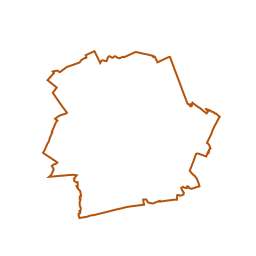 Pestera, Constanta, Romania (Equal Earth projection), rotated 161°
{"feature_id": "2599482B96681929842674", "entity_name": "Pestera", "entity_type": "district", "adm_level": 2, "iso_a3": "ROU", "parent_name": "Romania", "parent_adm1": "Constanta", "projection": "equal_earth", "projection_center": [28.117, 44.192], "detail": "fine", "context": "isolated", "style": "outline", "palette": "amber", "viewbox_px": 256, "rotation_deg": 161, "n_neighbors": 0, "source": "geoboundaries", "source_scale": "gbopen_adm2", "svg_char_len": 5372}
<svg xmlns="http://www.w3.org/2000/svg" viewBox="0 0 256 256"><g transform="rotate(161 128 128)"><path d="M65.1,180.3L65.1,181.1L65.1,181.3L65.3,181.5L65.6,181.7L66.6,181.7L67.2,181.7L68.7,181.6L71.6,181.3L73.9,181.0L78.8,180.5L78.9,182.0L78.9,182.6L79.0,182.9L79.2,183.4L79.2,184.0L79.3,185.3L79.4,186.7L79.6,186.9L79.9,187.0L81.0,186.8L81.1,187.4L81.0,188.2L82.3,189.0L83.6,189.8L85.4,191.0L90.8,194.2L91.6,194.7L93.3,195.8L96.0,197.4L105.6,196.5L108.7,196.2L109.2,196.5L109.8,197.0L113.2,196.7L114.0,197.0L115.6,198.5L116.6,199.9L116.9,200.1L117.4,200.1L117.9,200.0L119.4,199.5L119.8,199.4L120.1,199.6L120.5,199.9L121.1,200.8L121.4,201.2L121.9,201.7L122.1,201.8L122.4,202.0L122.6,202.0L122.9,201.9L123.1,201.8L124.0,201.2L124.4,200.9L124.5,200.8L124.9,200.2L125.6,199.1L125.9,198.7L126.1,198.6L126.3,198.5L126.6,198.5L127.0,198.4L127.3,198.5L127.6,198.6L128.0,199.0L128.6,199.5L130.1,200.3L130.5,200.4L130.9,200.3L131.1,200.2L133.1,198.5L134.7,211.5L137.5,211.3L144.3,210.6L144.4,207.2L144.4,207.3L144.7,207.6L145.6,208.1L145.9,208.2L146.1,208.2L146.5,208.2L150.0,207.4L150.4,207.2L150.7,207.0L152.0,206.0L152.4,205.7L152.7,205.7L161.5,205.6L166.0,205.6L166.3,205.5L174.2,203.0L174.4,203.0L174.6,203.1L174.7,203.3L175.0,203.7L175.6,204.8L176.0,205.1L176.5,205.3L177.6,205.5L178.4,205.7L179.0,205.8L180.3,205.9L180.8,205.9L180.1,204.1L188.5,199.4L186.4,196.1L182.2,189.4L183.8,188.4L187.3,186.0L187.6,185.8L187.6,185.6L186.6,182.0L185.7,178.6L185.4,177.6L185.2,176.9L184.7,175.1L184.5,174.1L184.1,173.1L183.8,172.2L183.8,171.9L183.5,171.3L183.5,171.0L183.1,169.5L182.7,168.3L182.5,167.9L181.8,165.7L181.3,164.0L180.8,162.8L180.8,162.6L180.8,162.2L181.0,162.1L181.4,161.9L182.0,161.9L182.7,161.9L186.2,162.0L189.3,161.9L193.9,160.5L192.3,158.0L194.0,157.1L201.3,149.1L201.0,148.6L203.2,146.2L205.1,144.1L207.2,141.1L210.1,138.7L210.6,137.9L214.2,134.1L216.4,132.2L215.9,131.4L213.4,128.1L211.2,125.3L207.2,120.0L206.2,118.6L206.1,118.2L206.6,118.1L206.9,118.0L207.8,117.7L208.7,117.6L209.6,117.6L210.1,117.7L210.4,117.7L210.6,117.6L211.2,117.3L212.5,116.8L212.5,116.7L212.2,116.0L212.1,115.9L212.0,115.2L211.7,113.1L212.4,112.5L212.7,112.2L213.5,111.2L214.1,110.4L214.4,110.2L214.9,109.7L215.8,108.9L216.4,108.5L216.5,108.4L217.6,107.8L218.4,107.5L198.3,102.5L195.9,101.8L195.6,101.8L194.9,101.6L192.1,100.1L191.9,100.0L195.2,97.8L195.6,97.7L195.4,97.0L195.7,96.5L196.0,96.1L196.1,95.8L196.1,95.6L196.0,95.3L195.3,94.5L195.0,93.9L194.6,93.5L194.2,93.2L193.3,93.1L194.8,88.3L195.0,88.5L195.1,89.1L195.3,89.6L195.5,89.7L195.5,88.5L195.4,88.3L195.1,87.6L195.1,87.3L194.7,86.2L194.3,85.2L193.8,84.3L193.8,83.6L194.3,80.0L194.7,78.7L194.8,78.6L195.9,78.9L196.7,76.8L196.2,76.6L196.0,76.1L196.4,75.6L196.7,75.1L197.1,74.6L197.5,74.3L198.6,71.5L198.9,69.9L198.9,69.2L198.7,69.1L198.7,68.1L198.8,67.6L199.1,66.9L199.3,66.4L199.9,65.2L200.1,65.0L200.3,64.7L200.5,64.3L200.6,64.6L200.7,64.9L201.0,65.1L201.1,64.8L201.1,64.4L201.2,63.9L201.2,63.5L201.5,63.3L201.6,63.2L201.8,63.0L201.8,62.8L202.3,62.6L202.8,62.7L202.9,62.2L203.3,60.3L203.3,60.1L203.2,59.9L202.9,59.1L202.9,58.9L203.0,58.7L199.6,58.1L196.4,57.6L195.9,57.5L195.2,57.4L194.6,57.4L193.9,57.5L193.2,57.5L192.1,57.4L191.4,57.4L191.0,57.3L190.5,57.2L189.5,57.1L189.3,56.8L186.0,56.5L181.1,56.1L176.1,55.6L173.6,55.4L170.0,55.1L166.0,54.8L161.0,54.2L156.0,53.8L153.8,53.5L151.0,53.0L141.0,50.9L137.8,50.2L137.6,50.8L137.9,50.9L136.9,55.4L135.3,54.9L134.1,54.6L133.6,53.3L133.7,51.8L133.2,51.0L130.6,49.3L128.9,48.5L127.7,48.5L127.1,48.7L126.5,48.6L123.7,48.7L122.5,48.8L121.6,48.7L121.7,48.0L116.6,47.0L114.0,46.5L112.6,46.2L111.1,45.8L110.9,45.9L105.2,44.5L105.1,44.4L103.3,48.5L102.2,48.2L101.8,48.1L101.6,47.6L101.4,47.4L101.1,47.2L100.5,47.0L100.2,46.9L99.2,46.9L98.2,47.0L97.8,47.0L97.4,46.9L97.2,46.9L97.1,47.1L96.9,47.6L96.7,47.9L96.6,48.4L96.3,48.7L96.7,49.9L96.8,50.3L96.9,51.0L97.1,51.4L97.2,51.7L97.2,52.0L97.2,53.2L97.3,53.7L97.3,53.9L96.7,53.9L96.5,54.0L95.4,54.5L95.2,54.5L95.1,54.0L94.5,53.6L94.4,53.5L93.0,52.5L92.4,52.2L92.2,52.2L91.9,52.4L91.6,52.8L91.1,53.6L90.7,53.4L89.8,52.7L90.2,51.6L88.4,50.3L87.8,49.9L87.6,49.8L87.2,49.9L86.9,50.0L86.5,49.9L85.3,49.7L84.5,49.8L83.9,49.8L83.6,49.8L82.8,49.8L79.4,49.6L79.2,53.4L79.4,56.9L79.5,57.7L80.6,61.3L81.7,62.7L83.6,67.4L77.0,75.2L72.1,81.4L71.8,81.4L71.0,81.3L70.3,81.1L69.8,80.9L69.6,80.7L68.8,80.1L63.3,75.6L60.9,78.4L60.2,77.9L59.1,79.5L59.6,79.8L59.4,80.0L59.1,80.1L58.9,80.2L58.6,80.9L57.4,81.6L56.8,81.8L56.6,81.9L56.9,83.3L56.6,84.7L57.0,86.1L57.1,86.7L58.2,88.2L56.2,90.3L55.7,90.7L54.6,91.9L54.0,92.4L52.8,93.6L51.4,95.0L49.8,96.9L49.0,98.1L48.2,99.0L47.3,99.8L45.9,101.2L45.4,101.8L44.5,102.6L43.8,103.2L39.5,107.2L38.4,108.1L37.6,108.7L38.2,109.7L38.9,110.9L39.1,111.3L40.3,113.2L40.5,113.2L40.9,113.3L41.2,113.6L41.6,114.4L42.4,115.7L42.8,115.9L43.7,116.2L43.8,116.4L44.3,117.2L44.5,117.4L44.9,118.1L45.2,118.4L45.6,118.2L46.0,118.6L47.9,120.6L48.0,120.6L47.0,117.5L49.0,116.2L53.8,123.9L53.9,124.1L54.4,124.4L56.7,127.6L57.8,129.3L58.8,130.9L60.7,128.0L61.2,128.0L61.3,128.0L61.2,129.3L61.2,129.8L61.2,130.1L62.1,130.0L62.0,129.0L62.0,128.8L62.1,128.7L62.2,128.9L63.1,131.0L63.8,131.5L63.8,133.4L64.0,135.0L64.0,136.7L64.0,138.0L64.0,138.9L64.1,140.5L64.2,143.8L64.3,145.9L64.3,147.1L64.3,148.6L64.9,169.6L65.0,173.5L65.0,174.4L65.0,176.9L65.1,177.2L65.1,177.4L65.1,177.8L65.1,180.3Z" fill="none" stroke="#b45309" stroke-width="2"/></g></svg>